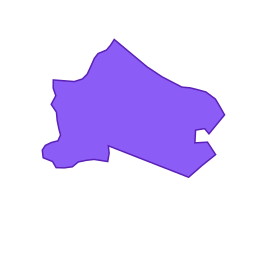 Lindolfo Collor, Rio Grande do Sul, Brazil, rotated 301°
{"feature_id": "56859067B65739017746258", "entity_name": "Lindolfo Collor", "entity_type": "district", "adm_level": 2, "iso_a3": "BRA", "parent_name": "Brazil", "parent_adm1": "Rio Grande do Sul", "projection": "natural_earth1", "projection_center": [-51.223, -29.584], "detail": "fine", "context": "isolated", "style": "filled", "palette": "violet", "viewbox_px": 256, "rotation_deg": 301, "n_neighbors": 0, "source": "geoboundaries", "source_scale": "gbopen_adm2", "svg_char_len": 729}
<svg xmlns="http://www.w3.org/2000/svg" viewBox="0 0 256 256"><g transform="rotate(301 128 128)"><path d="M189.0,204.0L194.4,194.4L197.8,188.0L199.0,176.2L196.6,167.6L194.4,160.5L190.8,153.1L189.4,130.8L190.2,112.9L196.8,70.6L189.8,70.4L183.7,69.4L176.4,64.0L170.5,63.3L160.7,64.5L153.2,65.3L146.6,63.7L140.2,58.1L130.7,39.2L123.7,43.3L118.5,49.5L108.7,50.0L104.7,58.5L97.9,63.5L91.9,69.0L87.2,73.8L80.9,74.5L76.0,69.7L70.5,66.1L64.9,65.9L58.8,70.6L60.4,80.6L57.0,86.8L61.0,93.9L66.1,100.3L73.2,102.8L79.0,109.1L83.6,115.1L88.8,127.9L96.7,124.8L102.6,120.3L117.0,205.3L134.1,210.8L150.3,216.8L156.8,203.4L149.7,193.0L161.0,187.0L166.9,194.0L164.7,200.4L189.0,204.0Z" fill="#8b5cf6" stroke="#5b21b6" stroke-width="1.5"/></g></svg>